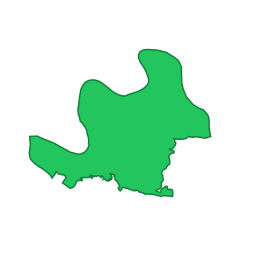 Ceatalchioi, Tulcea, Romania, rotated 35°
{"feature_id": "2599482B17078963684272", "entity_name": "Ceatalchioi", "entity_type": "district", "adm_level": 2, "iso_a3": "ROU", "parent_name": "Romania", "parent_adm1": "Tulcea", "projection": "mercator", "projection_center": [28.823, 45.276], "detail": "fine", "context": "isolated", "style": "filled", "palette": "green", "viewbox_px": 256, "rotation_deg": 35, "n_neighbors": 0, "source": "geoboundaries", "source_scale": "gbopen_adm2", "svg_char_len": 5804}
<svg xmlns="http://www.w3.org/2000/svg" viewBox="0 0 256 256"><g transform="rotate(35 128 128)"><path d="M200.6,87.6L194.3,81.4L191.0,76.4L188.0,73.0L185.5,71.5L184.1,71.1L179.5,69.9L173.9,71.3L167.4,71.4L157.7,68.9L150.5,64.2L146.2,60.2L140.7,53.0L137.1,48.0L135.5,46.5L130.6,43.9L124.4,43.5L123.3,43.7L116.1,44.0L107.7,47.2L102.0,50.6L97.9,53.3L96.5,54.6L95.0,56.5L94.2,58.8L94.5,61.7L96.5,64.6L100.5,67.1L105.8,69.1L110.4,71.4L116.7,75.9L118.4,78.3L119.0,79.7L119.1,81.5L118.7,84.7L117.1,88.9L115.0,92.8L110.3,98.7L107.2,103.5L104.3,105.3L100.3,106.4L95.3,107.0L88.2,106.4L81.2,106.1L77.2,106.4L74.1,107.4L71.5,108.8L68.5,111.7L66.6,115.5L66.7,119.2L67.2,123.2L70.7,130.7L76.6,141.8L79.4,145.1L82.7,147.6L85.0,149.8L87.8,150.3L91.6,151.7L95.4,153.4L98.5,156.7L101.1,158.5L103.9,162.0L104.8,163.8L106.0,164.0L106.1,164.5L106.7,168.2L106.7,170.5L106.6,171.4L106.3,172.7L105.9,173.5L104.7,175.6L104.0,176.4L103.4,177.0L102.4,177.8L101.6,178.3L98.1,179.6L96.7,180.2L95.7,180.6L94.7,180.9L94.0,181.0L76.0,182.9L64.3,185.6L63.5,185.7L63.3,185.8L62.7,186.0L58.9,186.5L58.5,186.6L52.3,191.3L54.4,193.8L55.8,195.6L57.1,197.0L58.3,199.0L59.7,201.8L61.0,204.3L62.9,206.8L64.2,208.0L66.1,209.4L68.6,210.0L72.3,210.6L75.4,210.7L78.2,210.7L78.7,210.6L80.2,210.5L83.4,210.4L88.5,210.7L90.6,211.0L92.4,211.6L94.2,212.4L94.6,212.5L94.6,208.4L94.6,208.0L94.6,207.1L94.5,206.8L94.1,205.0L94.6,205.0L96.3,205.3L97.1,205.5L97.6,205.4L97.9,205.3L98.2,205.1L98.4,205.0L98.6,204.7L98.8,204.5L99.0,204.4L99.3,204.4L99.7,204.4L100.1,204.3L100.5,204.4L100.9,204.2L101.2,204.0L101.2,203.7L101.3,203.6L101.6,203.4L102.7,203.3L104.0,203.3L104.3,203.5L104.6,203.6L105.9,203.9L105.8,206.3L105.8,206.6L105.8,206.8L105.7,209.3L105.8,209.7L105.9,210.6L106.5,210.6L115.3,210.5L115.3,210.2L115.5,209.9L116.8,208.7L116.9,208.4L117.0,208.1L117.2,207.1L117.3,206.3L117.4,205.3L117.3,204.5L117.0,203.6L116.7,202.7L116.6,202.4L116.7,202.1L116.7,201.8L116.7,201.2L117.4,199.9L117.7,199.2L118.1,198.7L118.6,198.4L119.0,198.2L119.4,198.0L119.8,197.8L120.1,197.9L120.3,197.8L120.5,197.7L120.5,197.1L120.2,196.7L119.9,196.3L119.4,196.3L118.2,196.6L118.1,196.4L117.9,196.2L118.1,196.0L119.8,194.2L123.5,191.8L124.0,191.2L124.3,190.9L124.5,190.6L124.5,190.3L124.2,189.6L124.2,189.0L124.4,188.6L124.5,188.4L124.6,188.1L124.6,187.9L124.9,187.7L125.1,187.8L125.3,188.0L125.4,188.6L125.2,188.8L125.1,189.2L125.1,189.4L125.2,189.8L125.4,190.0L125.6,190.0L125.8,189.9L126.1,189.6L126.4,189.4L126.6,189.5L127.0,189.8L127.4,189.8L127.4,189.3L127.1,189.1L126.7,189.1L126.3,189.0L126.0,188.8L126.0,188.5L126.6,187.3L127.0,187.1L127.6,187.3L128.0,187.5L128.2,187.3L128.3,187.2L128.2,186.9L128.5,186.2L128.8,185.9L129.0,185.8L129.6,186.0L129.9,185.8L130.0,185.2L130.2,184.9L130.5,184.6L131.3,184.0L131.6,183.8L132.8,183.8L133.7,184.0L134.6,183.9L134.6,183.7L134.5,183.4L133.8,183.4L133.6,183.4L133.4,183.1L133.5,182.6L134.2,182.0L134.5,182.1L135.4,182.2L135.8,182.2L136.1,182.2L136.4,182.5L136.7,183.0L136.8,183.5L137.1,184.4L137.2,184.2L137.5,183.5L137.7,183.3L137.9,183.2L138.7,183.1L139.1,183.2L139.4,183.3L139.7,183.4L139.8,183.4L140.2,183.2L140.9,183.5L141.2,183.4L141.3,183.2L141.3,182.8L141.4,182.6L141.5,182.6L141.8,182.5L142.1,182.7L142.6,182.3L142.9,181.9L142.9,181.6L142.9,181.3L142.5,181.3L142.3,181.2L142.2,181.0L142.1,180.7L142.0,180.3L141.9,180.1L141.9,179.9L142.0,179.7L142.4,179.7L142.5,179.8L142.9,180.3L143.1,180.4L143.3,180.3L143.6,180.0L143.8,179.7L143.8,179.4L143.0,179.2L142.9,179.0L143.0,178.9L143.2,178.7L143.4,178.6L143.7,178.5L143.6,178.4L143.0,177.5L142.7,177.1L142.4,176.8L142.2,176.8L141.7,176.9L141.4,176.6L141.0,176.6L140.0,176.1L139.4,175.8L139.6,175.5L139.8,175.6L140.8,175.0L141.3,174.8L141.6,175.1L141.8,175.2L142.0,175.0L142.0,174.9L142.1,174.6L143.1,174.5L143.5,174.4L143.8,174.2L144.3,174.3L144.5,174.4L144.5,174.8L144.4,175.2L144.5,175.4L144.5,175.7L144.9,175.9L145.4,176.1L146.1,176.5L146.6,177.2L146.8,177.5L147.1,177.8L147.5,177.9L148.0,177.8L148.2,178.0L148.3,178.0L148.6,178.0L148.9,177.8L149.2,177.7L149.7,178.0L150.0,178.1L150.6,178.4L151.3,178.8L152.1,179.2L153.9,180.0L154.3,180.2L154.6,180.6L154.8,181.0L154.5,181.4L154.4,181.7L154.4,182.1L154.3,182.5L154.5,182.7L155.1,183.2L155.2,183.3L155.5,183.6L156.8,184.0L157.3,184.0L157.6,183.9L157.8,183.8L157.8,183.5L157.9,183.1L158.0,182.0L157.9,181.4L157.6,181.0L157.7,180.2L157.6,179.8L157.6,179.6L157.7,179.4L158.5,179.4L159.7,178.9L162.1,177.9L163.5,177.6L164.8,177.2L165.4,177.1L166.0,177.0L166.3,176.7L166.9,176.5L167.5,176.5L168.6,176.1L169.6,175.6L169.9,174.2L170.3,174.2L170.5,174.2L170.8,174.5L170.9,174.4L170.9,174.1L171.2,173.8L171.5,173.7L172.1,173.7L172.5,173.5L172.8,173.7L173.2,173.8L173.3,173.7L173.5,173.8L174.1,173.7L174.4,173.9L174.7,173.9L174.8,173.8L175.1,173.3L175.3,173.2L175.6,173.2L175.8,173.2L176.5,172.8L177.4,172.9L177.6,172.8L177.8,172.5L180.5,172.4L180.4,171.7L184.2,169.4L185.5,168.6L186.9,167.9L193.9,165.2L195.1,163.8L196.4,162.8L200.6,160.1L203.7,158.6L202.1,155.6L200.0,153.4L197.8,153.8L196.3,155.3L195.4,155.6L193.8,153.4L193.0,153.5L192.5,154.0L192.0,155.8L190.7,158.0L190.5,159.0L191.4,162.1L189.7,163.0L187.0,163.3L187.2,162.1L188.4,160.5L189.0,157.8L188.6,156.6L186.7,153.6L187.0,151.8L186.6,150.1L186.3,149.5L185.4,149.3L184.4,148.4L184.1,147.2L182.5,146.7L181.8,146.2L180.7,143.8L180.8,142.1L181.8,140.8L182.2,139.7L181.9,136.0L182.8,134.1L182.5,133.0L179.9,129.7L179.2,129.0L178.0,128.3L177.5,126.7L177.6,125.3L178.0,124.3L179.6,122.4L179.6,121.2L178.7,120.6L176.8,121.1L174.2,121.5L176.2,119.5L176.5,118.5L176.6,116.3L176.3,113.8L175.7,112.8L174.7,112.7L173.1,111.0L171.8,110.6L176.8,107.6L180.0,105.1L181.7,103.0L182.5,100.2L183.1,99.9L184.6,99.7L185.5,98.5L186.6,98.5L188.3,96.4L190.5,95.2L192.2,94.3L195.4,92.9L196.8,92.2L197.5,91.6L199.0,89.5L200.6,87.6Z" fill="#22c55e" stroke="#15803d" stroke-width="1.5"/></g></svg>